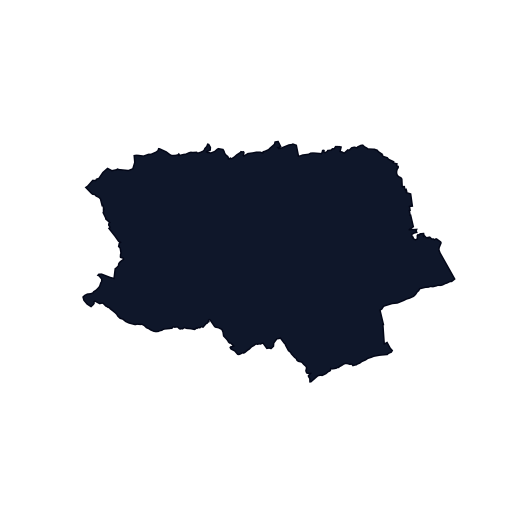 Mihaesti, Arges, Romania (Albers equal-area conic projection), rotated 237°
{"feature_id": "2599482B87190754251208", "entity_name": "Mihaesti", "entity_type": "district", "adm_level": 2, "iso_a3": "ROU", "parent_name": "Romania", "parent_adm1": "Arges", "projection": "albers", "projection_center": [25.018, 45.129], "detail": "fine", "context": "isolated", "style": "filled", "palette": "ink", "viewbox_px": 512, "rotation_deg": 237, "n_neighbors": 0, "source": "geoboundaries", "source_scale": "gbopen_adm2", "svg_char_len": 6157}
<svg xmlns="http://www.w3.org/2000/svg" viewBox="0 0 512 512"><g transform="rotate(237 256 256)"><path d="M308.1,369.2L306.9,368.0L306.2,366.6L310.8,360.6L312.4,358.0L312.6,355.6L315.3,350.0L315.8,347.5L316.6,346.0L326.9,350.1L329.8,347.9L329.9,346.8L331.2,344.1L332.9,335.0L333.8,333.5L335.0,333.4L334.0,335.2L334.7,335.5L334.5,336.3L340.0,336.9L341.2,334.1L339.6,332.3L338.7,326.0L338.3,324.7L338.9,320.6L339.5,318.8L338.7,317.7L340.8,316.0L342.9,312.7L344.1,309.6L346.3,305.0L346.4,300.2L347.4,300.1L348.1,301.1L349.5,302.3L350.3,302.2L350.6,301.4L351.7,300.2L351.3,299.5L351.3,295.0L350.8,291.9L350.8,289.0L351.2,288.1L352.1,287.8L351.9,286.4L352.3,285.6L353.5,286.3L354.8,286.5L357.2,285.7L359.1,285.6L361.3,286.2L363.3,286.3L366.5,282.9L366.6,281.7L366.1,278.3L367.0,273.9L367.8,273.5L369.3,271.6L370.4,271.1L370.7,271.4L370.1,273.0L370.1,274.0L369.6,274.8L369.8,275.3L371.9,276.9L375.3,277.1L376.1,276.4L374.6,274.3L374.0,271.7L373.1,270.5L372.7,268.9L373.1,266.1L374.0,262.9L375.3,262.7L377.3,259.2L378.4,257.9L379.0,256.2L379.6,252.3L380.4,251.0L382.1,246.2L382.9,246.8L383.6,246.8L383.3,245.6L384.3,243.0L385.9,240.4L386.7,239.6L387.8,239.0L392.2,237.4L398.4,233.5L399.0,232.8L397.7,231.2L397.5,228.9L398.4,223.3L399.8,221.2L401.0,216.1L404.5,212.0L405.6,210.5L406.5,208.5L400.5,205.3L396.2,200.2L397.1,195.6L403.0,188.2L404.4,187.1L404.2,186.2L406.0,181.6L410.3,179.2L409.4,173.1L406.6,166.5L407.3,164.0L406.5,162.6L408.3,160.3L406.2,152.7L406.2,150.6L398.0,152.2L396.7,152.7L395.4,154.3L393.4,154.6L390.8,156.2L388.7,156.7L382.0,154.4L381.8,155.1L378.1,154.0L378.4,153.6L375.9,152.1L375.8,151.6L375.5,151.4L369.8,150.7L368.8,150.2L363.6,151.6L363.5,150.7L362.9,149.8L361.7,149.2L360.4,149.4L359.4,149.0L359.3,147.7L349.2,148.6L343.2,148.8L341.3,149.8L341.1,148.3L338.8,146.0L336.6,146.4L331.8,144.3L331.2,143.4L329.2,141.9L328.6,141.7L327.2,142.9L327.2,143.3L325.6,143.3L325.3,142.9L325.2,140.2L324.9,138.1L324.1,136.5L322.7,135.4L322.0,132.5L322.0,131.0L314.5,124.7L317.3,122.1L324.9,116.6L326.3,114.2L325.9,112.9L324.9,113.6L320.7,114.1L320.1,113.7L318.5,112.5L318.0,111.2L316.1,108.9L315.3,107.4L314.4,103.6L314.4,100.4L313.8,98.9L314.5,96.5L315.9,93.8L316.2,90.9L315.8,88.6L312.6,87.6L307.7,88.2L303.4,90.1L304.0,93.3L304.6,94.5L305.6,95.0L306.0,95.9L305.6,96.6L301.2,99.0L300.4,101.3L299.5,102.1L295.8,102.8L294.4,103.7L293.6,103.9L292.6,104.9L291.2,105.0L285.3,107.0L283.0,107.5L280.8,107.4L277.8,108.1L275.7,109.9L272.0,111.1L269.0,113.0L264.3,117.3L263.6,119.2L261.5,121.9L260.9,123.2L258.5,124.5L255.6,125.1L253.2,126.7L251.4,127.4L248.6,129.3L247.1,130.9L246.0,133.0L245.8,134.5L245.0,136.6L245.1,137.8L244.6,139.6L242.0,144.5L242.0,145.0L241.2,146.0L241.8,148.1L240.7,148.9L239.3,151.6L237.0,152.1L236.1,152.6L235.8,153.7L234.9,154.8L235.1,156.8L233.0,158.5L230.6,161.7L227.9,164.4L227.8,165.5L228.1,166.1L228.1,166.8L227.5,167.1L227.3,168.9L226.4,169.8L226.6,171.3L226.5,171.8L225.2,172.8L226.5,177.3L226.3,178.5L226.8,179.7L226.6,180.7L226.9,180.9L227.7,180.8L228.1,181.3L228.2,182.1L227.6,182.7L219.3,182.9L218.3,183.4L216.3,185.5L213.0,187.4L210.1,186.9L206.6,185.3L202.3,186.1L200.2,186.3L199.2,186.1L197.5,186.4L196.7,187.4L192.7,188.3L193.1,186.0L193.5,185.7L193.5,185.0L193.3,184.5L191.6,184.4L188.0,186.5L183.6,187.1L183.0,187.6L182.5,188.7L182.1,192.1L181.8,192.9L181.3,192.9L181.2,194.2L181.6,197.5L181.6,199.7L182.3,202.8L182.1,205.6L182.3,207.2L182.1,208.4L181.2,209.1L180.6,210.9L179.8,211.7L179.4,213.8L178.9,214.5L172.6,214.8L171.7,216.9L170.2,218.2L170.8,221.5L173.4,223.5L175.2,228.4L174.2,230.5L174.1,231.8L166.9,232.3L166.1,232.7L165.0,232.2L158.9,231.7L156.3,232.6L154.9,232.4L150.0,233.2L148.2,233.9L146.1,233.6L144.6,234.2L142.8,236.0L141.8,236.7L139.3,237.0L136.4,237.8L134.7,237.6L132.5,235.3L130.7,234.9L130.2,234.9L129.5,235.5L127.8,237.8L127.0,234.7L126.2,234.4L123.9,234.4L121.1,232.7L120.6,233.5L121.9,242.6L121.1,244.9L119.8,246.5L119.3,250.5L119.7,253.5L119.4,255.4L119.6,256.1L121.0,257.5L119.9,258.4L119.0,260.2L118.2,262.3L118.2,263.5L117.5,264.7L118.1,266.2L117.5,267.1L117.9,268.0L117.5,269.1L117.7,270.3L117.2,272.5L115.9,274.2L114.0,275.8L113.5,277.0L113.0,277.5L111.3,277.6L110.7,279.7L110.2,280.5L110.2,282.3L109.7,284.7L109.9,287.2L109.2,291.3L109.3,294.0L108.3,297.5L107.8,300.2L105.5,305.7L101.9,312.5L102.2,313.4L102.1,314.9L101.7,317.1L102.5,318.8L105.6,318.3L112.1,318.8L112.2,316.7L112.5,315.7L129.3,325.0L129.1,325.5L143.1,330.5L143.0,332.5L144.1,335.0L144.3,336.2L142.0,344.3L139.6,349.0L138.3,355.7L138.0,358.7L137.0,362.1L136.4,366.2L136.9,368.8L138.2,371.8L138.3,373.4L139.4,375.5L137.5,381.0L136.0,383.7L135.5,385.7L133.9,387.7L132.6,391.5L132.6,392.3L130.8,394.9L130.2,396.7L129.8,400.3L129.4,401.1L129.0,404.7L128.1,406.2L128.5,410.1L158.3,412.0L161.5,412.7L163.3,414.1L166.2,418.3L167.2,418.5L172.0,416.7L172.4,415.9L172.4,414.5L173.8,413.9L174.4,412.6L177.1,412.0L177.6,411.3L177.2,410.2L177.7,409.7L178.2,409.7L178.6,408.7L181.1,408.3L181.5,407.5L181.3,407.2L181.6,407.2L181.8,407.3L181.7,408.1L183.6,408.8L185.2,405.7L185.0,405.0L185.1,404.4L184.7,404.1L185.2,403.4L185.6,403.3L185.3,402.4L182.5,400.7L182.7,398.4L185.4,397.2L186.1,398.0L186.7,397.6L187.5,397.6L188.9,398.1L189.3,398.7L189.1,401.2L188.3,403.7L189.8,403.9L190.8,405.2L192.3,402.5L193.7,400.6L194.7,398.3L194.9,403.9L206.0,407.9L206.2,407.4L210.7,409.4L210.4,410.1L214.0,411.7L212.7,414.3L223.8,419.5L226.9,416.9L227.5,416.7L228.1,417.6L229.9,418.1L229.7,417.3L232.2,417.6L233.4,418.2L233.7,418.0L234.2,416.4L234.6,416.4L241.1,420.2L242.8,420.1L244.5,419.0L246.6,418.4L248.9,419.0L250.6,420.2L252.1,421.9L252.6,423.3L253.7,424.0L254.9,423.2L255.5,423.3L256.5,424.4L257.7,423.2L259.8,421.7L260.2,422.7L264.9,419.8L266.9,419.6L270.1,417.0L272.7,416.5L272.7,417.2L276.7,415.5L279.1,415.1L279.8,414.2L280.8,413.7L284.9,408.0L286.0,407.8L288.6,406.4L290.8,405.9L291.6,404.3L292.1,400.7L291.7,399.6L293.7,397.7L294.6,395.2L293.9,391.7L295.0,390.8L294.2,386.0L296.2,384.9L297.9,383.4L301.0,386.7L302.2,385.6L304.4,382.3L303.3,380.0L304.3,378.4L303.9,377.1L304.1,376.1L305.4,373.6L304.8,372.6L305.0,370.2L306.2,369.5L307.4,370.5L308.1,369.9L308.1,369.2Z" fill="#0f172a" stroke="#020617" stroke-width="1.5"/></g></svg>